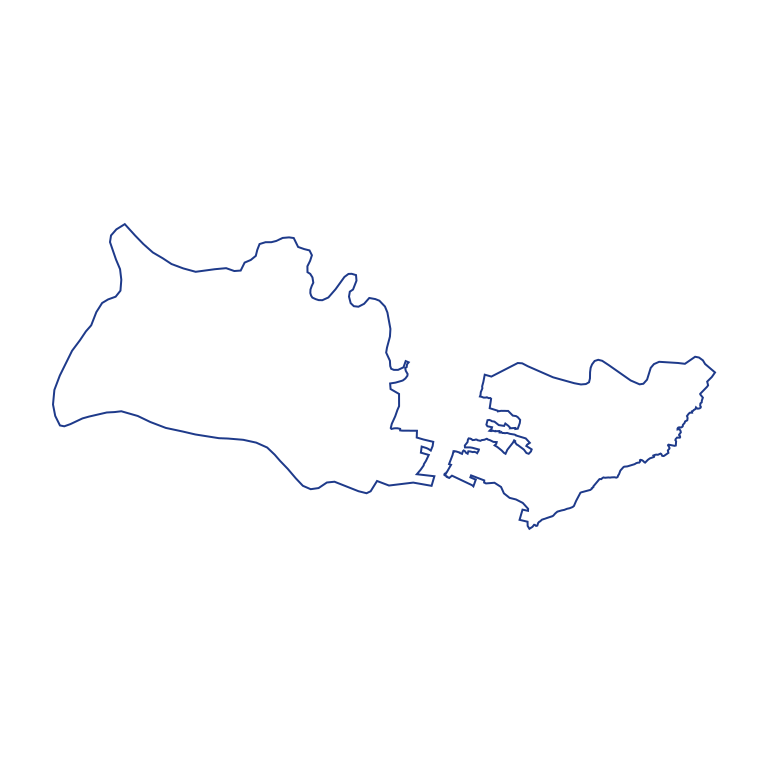 Alamudun, Chuy, Kyrgyzstan (Equal Earth projection), rotated 104°
{"feature_id": "92254566B67186126103124", "entity_name": "Alamudun", "entity_type": "district", "adm_level": 2, "iso_a3": "KGZ", "parent_name": "Kyrgyzstan", "parent_adm1": "Chuy", "projection": "equal_earth", "projection_center": [74.606, 42.781], "detail": "fine", "context": "isolated", "style": "outline", "palette": "blue", "viewbox_px": 768, "rotation_deg": 104, "n_neighbors": 0, "source": "geoboundaries", "source_scale": "gbopen_adm2", "svg_char_len": 6095}
<svg xmlns="http://www.w3.org/2000/svg" viewBox="0 0 768 768"><g transform="rotate(104 384 384)"><path d="M471.3,313.2L461.3,312.8L463.6,330.3L458.3,327.7L453.4,325.8L452.1,325.9L448.5,324.7L442.0,323.4L441.7,331.6L435.6,332.3L435.9,327.2L436.3,325.2L437.3,322.5L432.5,321.8L428.2,322.2L428.3,332.3L428.0,339.3L421.4,340.7L424.9,355.3L425.1,357.1L423.6,357.5L423.7,360.2L424.5,363.3L425.8,365.9L425.1,366.8L420.7,366.8L412.6,365.3L405.9,364.7L401.9,364.0L390.0,367.0L387.3,376.4L382.0,378.2L379.9,373.2L376.6,367.5L375.9,366.5L373.5,364.6L370.4,363.3L368.6,363.5L365.9,366.1L363.8,367.1L363.0,367.0L362.1,366.1L359.3,366.4L357.0,365.3L356.5,368.5L363.1,369.1L366.9,373.8L367.9,377.8L367.5,380.7L365.1,382.3L360.0,383.9L353.0,389.5L348.1,389.9L336.6,389.7L329.0,391.1L313.8,398.0L308.6,401.8L304.3,408.6L303.7,413.0L304.1,419.1L311.0,422.7L315.2,427.5L315.8,432.1L313.6,435.9L307.7,439.1L302.7,439.5L299.8,436.9L290.4,435.7L285.1,437.5L284.9,442.1L285.8,445.1L289.7,448.3L303.7,453.9L313.5,458.9L317.6,464.1L318.4,467.7L318.2,470.7L317.5,474.4L315.9,476.1L313.6,477.5L310.1,478.2L306.1,477.8L302.8,477.1L297.9,479.2L295.0,482.2L294.0,485.3L288.3,486.8L282.4,485.5L276.5,485.1L272.4,488.6L272.4,494.1L271.8,500.5L264.2,506.9L264.7,511.6L266.8,517.7L271.3,523.2L273.7,527.7L275.1,533.3L278.3,538.6L284.6,539.4L290.7,539.4L295.9,543.3L299.9,548.6L308.6,550.5L310.6,556.6L309.8,565.2L313.5,575.8L320.7,593.9L320.4,606.7L319.0,619.2L315.5,629.2L312.3,640.1L306.5,651.2L300.1,661.5L291.6,674.2L298.7,681.1L305.9,684.8L312.6,684.2L328.0,674.2L336.4,667.9L346.4,664.1L357.2,662.3L364.2,665.5L368.7,672.2L373.6,677.1L383.8,680.5L397.9,682.3L405.1,686.0L415.1,689.6L427.2,694.7L454.2,700.6L469.5,702.4L484.0,700.2L494.5,695.3L502.6,688.4L502.4,684.0L498.8,678.6L490.3,668.2L486.9,662.2L478.7,646.1L476.4,638.6L474.0,632.3L474.6,615.2L477.4,601.6L479.4,585.1L478.8,567.8L478.6,554.8L476.5,531.0L474.7,522.4L472.2,507.1L471.8,493.8L473.9,482.0L479.0,473.0L483.7,466.3L489.6,456.9L496.9,446.7L502.4,438.1L503.8,429.7L500.8,422.3L493.4,415.6L490.8,408.4L494.2,382.8L494.2,374.5L491.3,371.0L479.8,367.3L481.3,354.6L472.6,331.8L471.3,313.2ZM489.3,207.9L486.7,205.4L484.3,204.3L484.2,203.6L484.9,202.1L484.3,201.0L481.5,200.8L480.2,200.1L479.4,199.2L477.5,198.0L471.4,188.5L470.8,187.9L468.1,186.5L465.9,184.9L463.7,181.1L462.5,178.6L460.8,176.2L459.6,173.8L457.8,171.3L456.4,170.2L450.9,169.3L442.0,167.1L441.4,166.4L436.8,158.1L435.1,156.9L434.8,157.1L433.3,155.9L432.7,156.1L424.3,152.0L424.0,151.6L423.7,150.1L422.5,149.4L421.6,148.5L421.5,146.8L420.4,143.7L420.1,141.8L419.7,141.1L418.7,137.7L418.7,136.1L418.5,135.6L417.6,134.8L416.0,134.7L415.0,134.2L410.8,133.7L406.8,131.6L406.1,130.9L405.1,128.0L401.2,121.5L399.7,120.0L398.9,118.6L398.5,117.3L397.2,116.7L396.0,117.2L395.5,116.7L395.5,115.3L396.0,113.9L397.0,112.3L397.1,111.6L393.7,109.6L391.8,108.0L389.5,104.4L389.1,104.3L388.2,105.3L387.4,104.2L386.7,102.9L386.4,101.1L384.6,98.8L384.9,98.0L386.4,96.7L386.3,95.4L385.9,94.8L382.0,91.4L379.8,92.5L377.6,91.4L376.6,91.7L374.7,93.6L374.3,93.5L374.0,93.2L373.7,87.1L373.1,86.0L368.9,86.7L368.0,87.7L367.0,87.7L365.1,86.7L364.5,84.0L363.9,83.8L363.0,84.2L362.1,85.4L361.8,85.4L359.1,84.3L357.8,84.9L356.6,86.1L356.6,87.2L357.1,88.2L356.2,88.4L355.3,88.1L354.7,87.3L354.2,85.1L353.6,84.4L352.8,83.9L351.4,84.1L349.0,82.9L347.5,82.8L345.9,81.0L344.1,81.1L342.8,81.5L341.8,82.3L339.0,81.1L337.8,80.2L337.3,78.1L336.0,78.6L335.4,77.7L334.4,77.2L332.9,75.7L331.2,75.6L332.1,74.0L331.7,72.7L331.2,71.8L330.4,71.1L329.6,71.0L328.7,71.9L326.6,72.3L326.1,72.2L325.0,71.3L323.2,71.6L320.1,71.3L317.6,74.6L317.0,74.8L308.6,69.9L306.9,69.2L303.5,71.0L297.9,67.6L292.7,65.6L286.9,77.3L283.9,80.3L282.1,84.8L282.3,88.7L291.6,96.9L292.5,103.9L295.9,122.4L299.4,126.9L303.8,129.1L316.1,129.8L321.0,132.4L322.5,135.9L320.9,145.5L311.3,170.5L308.7,177.9L308.7,182.0L310.7,185.2L314.7,186.9L318.3,187.4L322.7,186.9L328.8,185.5L332.7,185.5L335.2,188.1L336.8,192.8L337.2,199.5L336.6,221.6L332.0,248.6L330.5,254.9L331.3,259.3L350.8,281.6L350.6,288.5L358.1,288.1L362.6,288.2L364.4,287.5L368.5,288.1L371.3,287.7L372.9,287.9L372.8,286.3L373.1,284.0L372.4,281.5L372.0,281.0L372.4,279.0L371.9,277.5L372.4,276.5L381.9,275.6L382.4,267.2L383.0,266.9L381.7,263.9L380.1,257.0L383.5,251.4L383.2,248.1L383.8,246.2L385.9,243.2L389.0,242.8L395.0,243.4L395.9,245.7L394.9,246.0L396.4,250.7L396.1,250.6L395.0,252.6L394.6,253.0L393.0,256.7L395.6,257.3L396.1,262.7L393.8,267.7L394.0,270.5L393.6,271.4L393.4,273.2L394.1,274.8L398.7,274.8L400.0,273.4L399.8,268.7L401.4,268.8L403.9,270.3L403.8,268.9L403.4,268.8L403.4,268.2L403.0,268.2L403.0,264.6L402.6,264.4L402.6,263.4L401.7,260.6L403.1,260.2L402.9,259.2L402.2,258.5L402.9,257.4L402.5,255.7L402.5,254.8L401.7,252.7L401.9,249.8L401.5,245.1L401.7,243.8L402.0,243.6L402.5,233.3L405.8,228.3L408.3,230.5L409.7,230.9L411.7,224.9L413.9,225.1L416.7,226.7L416.5,229.1L413.8,232.4L410.9,239.3L410.6,240.6L408.9,242.7L407.6,242.9L407.2,244.1L409.7,244.7L417.9,248.4L422.3,249.2L421.8,250.9L420.0,253.8L417.7,258.8L416.8,261.8L414.9,260.6L413.1,260.6L413.7,263.9L412.9,267.4L412.7,270.0L412.3,270.6L412.3,271.1L413.8,273.1L414.8,275.6L415.8,276.7L415.9,279.7L415.5,280.6L415.7,281.6L416.4,282.7L417.0,284.5L416.2,286.0L416.3,287.0L416.1,287.2L416.3,288.7L417.7,289.1L420.2,288.9L424.1,290.7L425.9,290.1L424.7,285.1L424.5,283.0L424.6,276.1L425.8,276.1L428.6,276.9L428.1,277.9L428.0,280.1L428.6,281.3L428.6,284.0L428.9,285.9L431.4,286.0L430.8,288.0L429.8,288.9L429.2,290.6L430.2,291.2L432.9,291.4L432.5,293.9L432.2,294.0L432.0,297.8L432.1,299.2L432.5,299.3L432.4,300.3L436.4,300.3L446.0,301.5L446.2,299.4L454.6,301.8L454.8,301.9L454.8,302.1L455.9,302.5L455.9,302.2L456.3,302.3L456.2,302.5L456.7,302.7L456.5,303.4L456.8,303.5L457.0,302.9L457.8,303.1L458.6,300.3L459.0,300.4L459.4,298.0L456.5,295.9L460.9,274.0L461.7,272.5L454.6,271.8L453.7,277.6L451.6,277.4L453.3,263.4L455.4,263.0L455.8,261.0L453.1,252.9L455.6,245.5L461.1,241.2L464.1,234.6L464.1,228.0L465.8,220.6L470.2,214.0L472.2,213.6L472.4,219.2L483.0,219.6L482.9,211.4L486.9,210.3L489.3,207.9Z" fill="none" stroke="#1e3a8a" stroke-width="2"/></g></svg>